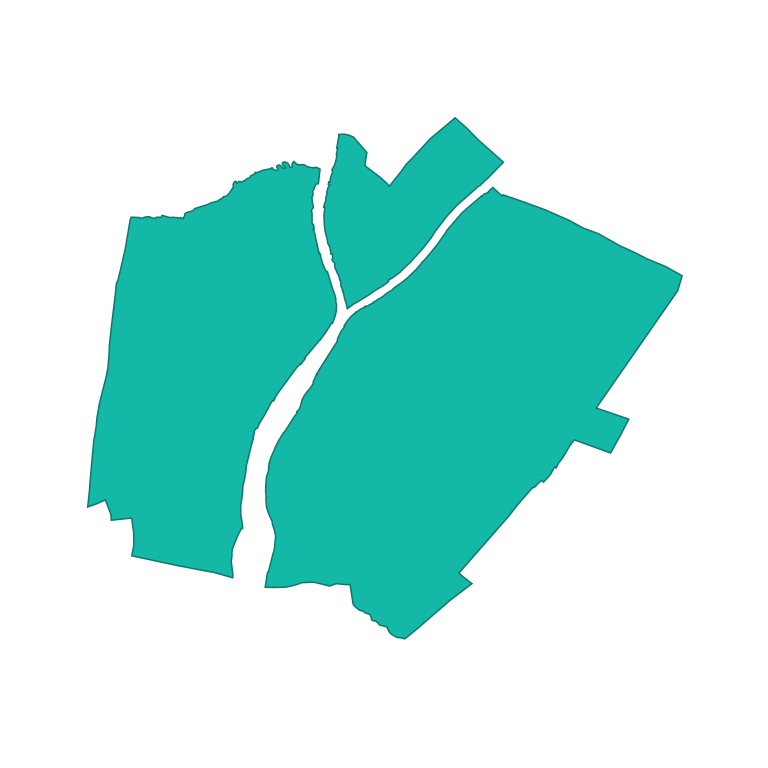 the district of Kota Pontianak, Kalimantan Barat, Indonesia, rotated 263°
{"feature_id": "22746128B68403360613456", "entity_name": "Kota Pontianak", "entity_type": "district", "adm_level": 2, "iso_a3": "IDN", "parent_name": "Indonesia", "parent_adm1": "Kalimantan Barat", "projection": "albers", "projection_center": [109.343, -0.03], "detail": "fine", "context": "isolated", "style": "filled", "palette": "teal", "viewbox_px": 768, "rotation_deg": 263, "n_neighbors": 0, "source": "geoboundaries", "source_scale": "gbopen_adm2", "svg_char_len": 6162}
<svg xmlns="http://www.w3.org/2000/svg" viewBox="0 0 768 768"><g transform="rotate(263 384 384)"><path d="M557.3,525.2L556.4,524.8L557.1,523.3L565.8,516.0L563.6,512.8L561.1,510.0L560.6,507.0L558.6,504.3L558.9,504.1L558.2,502.8L557.9,503.0L556.8,500.8L548.6,488.4L544.9,483.0L543.1,480.9L530.9,467.3L528.4,464.8L527.4,464.2L516.0,453.9L503.9,441.3L499.7,436.1L498.9,435.6L494.4,430.6L486.8,420.7L483.1,414.9L478.1,405.6L476.3,403.4L473.7,397.7L470.7,392.9L468.5,387.8L466.9,385.2L467.2,384.8L466.4,383.2L465.9,383.4L462.9,375.3L463.5,374.9L461.8,372.2L461.3,370.1L458.3,364.5L458.5,364.5L455.1,359.6L450.8,355.0L446.6,351.4L445.8,352.0L441.3,347.6L434.8,343.5L432.1,342.8L402.0,318.1L401.5,318.9L400.5,317.5L394.7,313.9L393.2,313.9L388.7,310.1L386.4,307.4L382.1,303.4L378.2,300.8L371.9,298.2L369.0,296.5L367.2,294.0L365.7,293.8L364.8,293.3L362.3,290.7L350.4,281.0L346.9,277.4L340.2,272.2L334.7,268.6L324.1,262.4L319.6,260.4L315.2,259.3L313.1,259.1L309.4,257.7L306.8,256.2L299.5,254.6L292.2,253.4L287.5,253.4L283.3,252.7L276.2,252.4L270.7,253.3L261.2,256.2L258.2,256.2L252.2,257.4L246.3,257.9L233.2,255.0L227.9,252.7L211.4,246.3L211.3,245.4L196.8,241.3L195.6,248.8L194.3,261.6L194.9,268.4L196.0,275.3L196.8,277.3L196.1,288.6L195.2,292.0L190.2,305.1L190.3,306.5L191.4,311.0L191.5,313.2L189.7,320.7L189.0,325.9L169.4,326.5L168.1,326.9L163.7,330.8L162.2,332.5L161.2,335.4L159.2,337.3L156.9,341.8L154.3,342.8L151.7,342.9L150.5,343.9L150.1,345.6L149.2,347.3L147.7,348.7L145.4,350.1L142.9,356.4L141.6,357.6L138.3,358.5L135.5,360.0L132.0,364.2L130.7,366.5L129.9,370.4L128.5,373.6L136.5,386.4L161.6,423.8L175.1,447.0L181.8,440.2L187.2,435.3L236.9,490.9L250.1,504.3L263.2,519.1L262.9,520.2L264.5,522.7L265.0,522.9L269.3,528.6L267.1,530.3L272.3,536.6L274.7,538.8L280.8,543.2L279.6,544.6L283.8,547.3L289.7,553.0L301.6,562.1L301.5,562.4L305.4,566.0L287.9,600.5L304.8,612.8L319.3,622.7L334.3,591.7L440.9,687.0L455.1,693.1L466.2,678.0L476.2,660.2L483.5,649.6L492.7,634.6L507.1,615.1L514.4,600.9L523.6,588.1L537.2,565.3L547.2,545.8L557.3,525.2ZM580.2,153.1L576.3,151.6L549.5,143.6L520.7,133.1L515.8,130.4L505.1,128.1L477.8,121.3L455.1,116.0L448.5,115.0L433.8,112.0L425.2,109.2L399.7,99.3L385.2,94.9L377.5,93.3L362.1,88.8L322.2,80.2L313.9,78.6L298.0,74.9L300.0,83.8L302.9,93.3L287.7,97.1L282.0,96.7L281.7,117.2L267.3,117.4L254.6,116.1L244.2,112.7L228.1,159.3L218.4,189.7L218.4,190.5L210.1,210.3L214.0,210.8L226.5,210.8L229.3,211.4L229.6,211.7L233.7,212.4L233.8,212.2L238.8,213.4L251.4,220.4L258.0,224.9L257.7,226.0L260.1,226.3L271.6,226.0L280.4,226.9L291.4,230.0L299.5,231.4L307.6,234.4L309.0,234.8L309.2,234.5L311.5,235.6L319.0,237.4L319.5,237.3L326.2,240.0L328.4,240.5L328.2,240.8L336.4,243.7L346.5,247.9L346.8,247.4L349.8,248.9L353.2,249.7L355.4,251.4L355.4,252.8L360.0,255.5L367.3,261.3L379.8,270.2L381.1,271.6L380.6,272.4L382.6,273.8L382.9,273.5L387.9,277.6L410.8,299.2L414.1,303.2L413.5,303.8L418.7,308.8L419.1,308.3L419.9,308.9L435.2,325.4L435.1,325.6L442.6,332.7L449.8,338.6L450.9,339.8L450.6,340.3L457.8,344.0L461.8,345.4L468.5,346.6L472.3,346.1L473.3,346.5L475.3,346.5L479.0,346.0L484.5,344.6L502.2,341.6L502.5,340.7L504.7,339.6L510.6,337.8L519.5,336.4L519.8,336.9L520.6,336.7L520.8,336.2L522.1,335.9L522.1,335.2L523.6,334.8L523.9,335.5L524.9,335.1L529.3,334.8L529.3,334.4L530.0,334.3L530.0,334.7L537.5,333.9L540.2,333.9L545.0,332.9L545.3,333.3L546.0,332.7L546.0,333.3L548.6,333.7L548.7,333.4L550.8,333.4L550.9,332.8L551.6,332.7L551.7,332.1L557.3,332.9L558.0,332.7L559.5,333.2L559.8,332.9L560.5,333.3L561.4,333.1L562.6,333.5L564.2,333.0L565.8,333.5L567.3,335.1L568.9,335.5L573.6,335.0L577.4,335.2L578.6,335.3L579.3,336.3L581.8,336.8L583.8,336.4L584.9,337.5L588.0,339.1L590.7,341.1L590.8,343.3L605.0,346.7L606.9,344.1L607.4,342.7L607.2,339.6L608.9,334.7L609.7,333.3L611.1,331.9L611.7,330.2L611.8,327.1L612.4,324.7L615.9,321.6L615.5,321.0L614.3,320.1L613.2,319.5L611.3,319.4L610.4,319.0L610.0,318.4L610.3,317.5L614.9,315.4L616.2,313.5L616.5,312.4L616.3,310.7L615.9,310.1L614.7,309.9L612.1,311.5L611.0,312.7L610.4,312.4L610.0,311.3L610.4,310.5L613.2,308.2L614.1,306.9L614.2,305.6L613.5,304.3L612.5,304.0L610.9,304.6L609.7,304.7L609.2,304.1L609.2,303.1L610.0,301.0L611.1,299.8L611.9,299.7L612.3,299.2L612.2,298.4L611.5,298.0L610.9,289.4L609.7,285.8L609.3,283.5L609.8,282.1L607.9,280.6L607.1,277.4L605.5,276.0L604.8,275.0L604.7,273.3L603.5,271.7L602.6,269.2L601.6,267.8L602.4,266.0L602.7,264.5L601.6,263.3L601.5,262.4L603.1,261.8L603.2,260.7L602.0,259.4L600.6,258.6L597.8,258.4L591.6,253.1L589.8,250.8L589.4,247.2L588.1,246.2L587.3,243.6L585.9,241.4L584.6,233.3L583.6,230.7L581.2,217.6L579.5,215.9L579.0,214.5L578.5,210.2L577.9,207.9L577.1,206.9L575.5,206.7L572.7,204.8L574.0,202.5L573.8,200.9L575.4,194.0L575.1,192.2L578.3,184.6L578.2,184.0L576.8,183.3L576.6,182.6L577.2,179.5L577.0,177.9L576.4,176.5L576.5,175.3L578.6,171.4L578.9,169.2L578.7,166.2L577.8,163.7L579.1,161.2L580.3,154.1L580.2,153.1ZM637.2,369.5L635.0,369.2L623.5,365.7L623.4,366.8L618.0,364.7L616.6,365.0L612.1,363.7L606.4,361.1L604.4,359.3L602.6,358.4L601.5,358.8L599.8,358.5L598.4,357.5L594.8,355.9L591.1,355.1L591.5,353.9L591.3,353.7L588.6,353.0L587.9,354.6L587.4,353.8L585.8,352.4L581.1,350.4L580.2,350.8L576.9,349.3L574.3,348.5L573.2,348.6L569.2,346.4L566.5,345.6L566.0,347.0L562.0,345.6L557.3,344.8L549.2,344.2L543.1,344.1L533.7,345.3L530.6,345.3L526.5,346.8L524.5,347.1L519.4,347.1L519.2,348.7L515.2,348.6L514.1,347.5L512.6,347.8L509.7,349.9L505.8,349.4L498.9,351.5L496.9,352.4L492.6,352.7L491.5,353.4L489.9,353.3L489.9,353.6L489.3,353.5L487.4,353.6L487.0,353.1L482.0,354.4L482.0,354.1L480.7,354.3L480.7,354.7L472.6,355.4L468.8,356.3L463.2,356.7L467.3,364.2L469.4,369.3L474.7,380.6L477.9,386.6L481.1,393.9L484.4,400.0L485.4,401.2L486.3,400.8L489.4,407.5L493.0,413.6L497.1,418.7L500.7,423.9L513.8,439.1L522.9,448.3L529.2,453.4L542.7,466.7L552.1,477.7L567.6,500.3L569.2,502.7L569.1,503.3L570.6,505.0L571.8,507.0L572.8,508.0L575.4,511.9L589.6,529.6L613.8,508.2L628.5,496.8L639.5,487.0L622.0,460.0L604.3,439.1L599.2,432.7L593.7,427.7L579.7,413.4L583.1,411.1L589.9,405.1L603.1,391.6L615.9,395.2L632.8,383.8L635.6,378.9L636.9,374.5L637.2,369.5Z" fill="#14b8a6" stroke="#0f766e" stroke-width="1.5"/></g></svg>